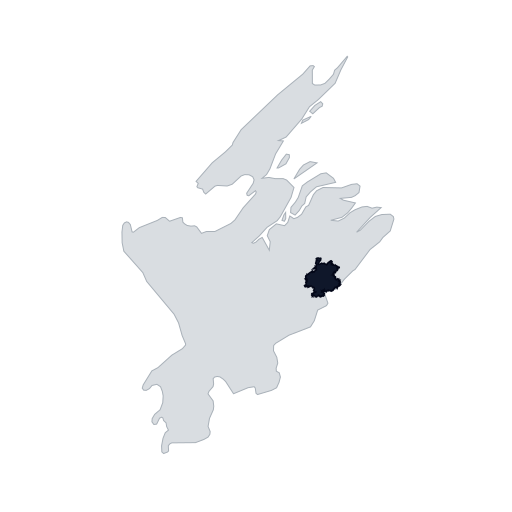 location of Jessore, Khulna, Bangladesh, rotated 232°
{"feature_id": "16705992B28022870637862", "entity_name": "Jessore", "entity_type": "district", "adm_level": 2, "iso_a3": "BGD", "parent_name": "Bangladesh", "parent_adm1": "Khulna", "projection": "equal_earth", "projection_center": [89.196, 23.085], "detail": "fine", "context": "in_parent", "style": "filled", "palette": "ink", "viewbox_px": 512, "rotation_deg": 232, "n_neighbors": 0, "source": "geoboundaries", "source_scale": "gbopen_adm2", "svg_char_len": 9433}
<svg xmlns="http://www.w3.org/2000/svg" viewBox="0 0 512 512"><g transform="rotate(232 256 256)"><path d="M191.0,362.2L190.9,349.9L184.4,325.7L184.7,323.1L183.3,311.4L181.7,305.0L180.9,298.1L184.8,288.2L183.2,286.6L174.5,283.6L173.5,281.0L175.4,271.3L169.1,262.1L166.6,255.3L173.3,233.2L175.1,217.8L174.6,214.8L170.5,211.4L163.3,210.0L158.2,207.2L155.2,202.8L152.7,201.1L149.6,202.4L145.6,200.7L142.3,196.4L139.5,191.1L140.6,185.4L145.9,171.9L147.8,171.5L152.4,174.1L154.1,174.1L157.1,168.7L161.3,153.5L175.8,154.8L179.3,154.3L183.0,153.1L185.0,151.2L186.1,148.8L185.7,146.7L181.2,143.8L179.5,141.7L178.3,135.6L176.9,133.3L168.2,133.0L163.6,130.2L161.1,127.7L156.7,119.4L151.2,113.3L145.9,111.8L143.9,109.9L142.8,106.7L143.5,102.2L146.2,93.4L160.6,74.6L161.0,72.5L160.5,70.1L156.2,67.1L156.0,65.6L157.2,61.6L159.6,61.2L164.5,64.7L169.6,70.5L172.6,75.7L172.7,79.8L176.6,80.6L179.9,82.4L183.3,81.9L185.6,82.9L187.0,82.5L187.6,80.2L184.7,74.2L186.1,71.8L189.4,71.9L191.8,74.1L193.6,78.7L193.9,85.8L197.8,92.2L202.9,96.7L206.9,98.8L211.8,100.3L215.9,98.9L218.0,94.4L217.1,90.4L217.7,86.8L219.4,84.9L221.9,85.0L223.9,87.8L229.6,103.2L228.4,110.0L229.7,128.6L228.3,141.0L229.2,145.7L230.2,146.5L238.7,148.8L251.0,153.8L260.5,155.6L303.2,154.2L312.6,156.6L341.1,154.8L348.9,158.7L357.4,165.1L362.2,169.9L363.1,172.6L362.6,175.0L361.0,176.2L358.1,176.3L351.3,173.2L350.2,174.1L350.2,181.5L344.8,200.1L344.1,205.9L342.2,208.2L336.6,209.3L332.9,220.2L331.4,221.5L327.7,219.2L325.4,219.5L322.5,220.5L319.6,223.1L317.6,226.2L315.4,227.2L307.4,227.0L305.8,232.1L300.6,238.7L297.1,256.2L297.4,261.6L301.9,275.6L305.1,293.8L306.3,295.6L307.8,295.8L307.9,287.4L309.3,286.4L311.2,287.3L315.0,298.5L317.2,301.4L320.5,302.2L324.3,300.5L327.1,297.2L328.2,293.6L327.2,281.4L328.9,276.4L335.4,269.0L336.3,266.7L335.8,254.5L338.3,254.1L341.6,255.1L345.7,252.1L347.0,252.1L348.8,255.2L351.7,254.7L356.4,278.9L356.9,296.1L358.0,305.6L359.6,307.8L364.7,322.1L369.7,372.6L370.5,404.8L372.5,415.7L370.9,418.2L369.3,418.6L367.8,414.8L357.2,406.6L354.6,407.5L351.0,412.2L349.6,416.6L350.3,422.8L351.5,428.9L354.0,432.4L354.2,436.2L357.2,450.8L356.4,450.8L350.5,437.6L343.4,424.7L340.9,401.4L340.7,390.0L335.8,376.5L331.2,353.0L333.1,344.8L329.8,348.4L324.4,334.3L316.1,320.6L313.7,314.5L313.5,308.6L310.0,314.5L305.2,318.7L300.3,325.0L297.0,326.9L286.6,328.1L280.6,319.7L271.9,299.1L270.8,294.4L271.8,282.4L269.8,270.9L269.1,260.9L267.6,261.8L267.0,264.5L267.4,268.8L266.8,272.3L252.3,270.0L258.5,276.0L265.1,277.4L268.6,282.8L268.8,291.8L262.3,297.2L262.9,301.7L266.7,307.3L262.1,308.8L260.9,312.4L260.8,317.6L264.0,325.5L263.5,328.6L269.0,339.0L270.1,344.0L268.7,351.0L257.0,365.3L253.6,375.4L250.7,380.1L247.0,381.0L242.6,376.2L242.5,371.3L243.4,367.4L249.5,357.9L246.2,359.2L236.6,367.0L234.8,360.7L233.6,354.8L233.6,347.6L238.1,336.9L232.9,342.3L231.5,349.0L232.2,356.8L231.5,362.4L229.4,369.7L226.7,374.1L222.2,376.9L220.2,381.2L217.1,384.4L216.1,369.7L212.8,349.9L212.1,354.1L213.8,366.4L213.7,374.4L211.2,380.7L206.3,387.5L202.5,388.5L200.2,387.4L193.1,377.2L192.5,367.5L191.0,362.2ZM278.3,362.5L269.5,364.9L265.0,364.1L273.3,346.3L273.0,338.4L271.7,331.9L267.4,326.7L267.2,323.0L265.2,317.9L264.2,312.0L268.9,310.0L272.8,313.5L274.2,320.2L276.1,325.3L282.8,335.7L282.7,342.1L280.9,357.7L278.3,362.5ZM297.1,356.7L291.8,361.4L293.4,333.3L297.5,343.8L298.5,349.4L297.1,356.7ZM317.6,342.6L315.3,344.6L313.0,342.9L310.2,336.3L311.5,328.0L312.4,326.8L315.8,335.3L317.6,342.6ZM337.8,402.0L334.8,402.3L333.3,400.3L333.9,397.5L333.1,388.3L337.0,387.4L338.4,395.1L337.8,402.0ZM334.3,376.5L332.1,385.5L331.1,381.5L332.6,373.5L334.3,376.5ZM271.2,303.3L272.1,306.2L267.2,302.5L265.9,299.8L268.1,298.4L271.2,303.3Z" fill="#d9dde1" stroke="#a8b0b8" stroke-width="1"/><path d="M201.4,275.8L201.2,276.1L201.2,276.3L201.0,276.5L201.2,277.3L201.1,277.5L200.7,277.7L200.3,277.6L200.4,277.9L200.6,277.9L200.7,278.2L200.6,278.6L200.0,278.9L199.8,278.8L199.6,278.9L199.5,279.2L199.2,279.3L199.0,278.8L198.7,279.9L198.8,280.0L198.8,280.4L198.5,281.1L197.8,281.3L197.0,281.2L196.9,281.6L196.5,281.7L195.8,281.4L195.7,282.2L195.1,282.1L195.0,282.3L194.3,282.0L193.8,281.5L193.8,280.9L193.7,280.7L193.6,280.9L193.0,280.3L192.3,279.9L191.3,280.3L190.8,281.0L190.6,280.7L191.1,280.1L191.7,279.7L191.5,278.7L191.1,278.4L191.1,278.1L191.2,277.7L191.4,277.7L191.5,277.5L191.8,277.5L192.0,277.0L191.9,276.8L191.7,276.8L191.8,276.5L191.7,276.4L191.4,276.6L191.2,276.5L190.4,276.5L190.5,275.7L190.1,275.7L189.6,275.6L189.6,275.8L189.5,275.7L189.5,275.9L189.0,276.0L189.3,276.3L189.6,276.4L189.7,276.8L190.1,276.9L190.1,277.1L189.4,277.4L188.9,277.8L188.7,277.7L187.6,277.7L187.4,277.6L186.7,278.5L186.4,278.6L186.8,279.8L186.4,280.3L186.6,280.4L186.6,280.5L186.8,281.0L186.6,281.3L186.0,281.6L185.9,281.4L185.7,281.5L185.7,281.4L185.6,281.5L185.0,281.4L185.0,281.8L184.4,282.1L184.1,281.9L183.4,282.0L183.5,282.0L183.8,282.2L183.8,282.3L183.9,282.1L184.2,282.7L184.1,283.1L183.8,283.3L183.7,283.2L183.6,283.6L183.8,283.7L184.0,283.9L183.7,284.2L183.2,284.1L182.9,284.3L182.9,285.2L183.3,285.1L183.6,284.9L183.6,285.0L183.7,284.9L184.0,285.0L184.2,285.8L184.1,286.4L184.2,286.5L184.4,286.2L184.2,286.0L184.5,286.1L184.9,286.2L184.8,286.5L185.5,286.9L186.0,286.5L186.6,286.3L186.9,285.8L187.0,285.8L187.3,286.3L187.3,286.2L187.1,285.8L187.2,285.6L187.4,285.8L187.4,286.2L187.5,285.8L187.8,286.2L188.2,286.3L187.9,286.5L187.6,286.2L187.4,286.4L187.4,286.6L187.7,286.8L187.8,287.1L187.7,287.1L187.4,287.7L187.5,287.8L187.3,288.1L187.4,288.5L187.3,288.4L187.2,288.5L187.2,287.8L186.5,287.8L186.3,288.0L186.2,288.5L185.7,288.6L185.6,288.9L185.3,288.9L185.0,289.4L185.1,289.9L184.8,289.8L184.9,290.0L185.0,290.3L184.9,291.1L184.5,291.0L184.4,291.1L184.3,292.1L183.9,292.0L183.3,293.2L183.0,293.5L182.5,293.3L182.4,293.4L182.5,293.7L181.8,294.0L182.0,294.4L182.1,294.7L181.9,294.8L181.9,295.0L181.6,295.0L181.5,295.4L181.6,295.6L181.4,295.5L181.7,295.9L181.7,296.0L181.8,296.2L182.0,296.3L182.1,297.8L182.5,298.1L182.6,298.3L182.4,298.3L182.3,298.7L182.4,299.1L182.2,299.2L181.9,299.6L182.1,300.1L182.3,300.2L182.3,300.4L182.2,300.6L180.6,300.1L180.9,300.7L181.4,300.6L181.6,300.8L181.6,301.7L181.9,302.3L181.3,302.7L181.1,303.1L181.1,303.7L181.3,304.7L181.8,304.1L182.1,304.3L182.3,303.9L183.0,304.0L183.0,305.0L182.7,305.3L182.8,305.7L183.6,306.1L183.8,306.3L184.3,305.9L184.1,306.5L184.3,306.7L184.6,306.6L184.8,306.2L184.9,306.4L184.8,306.5L185.1,306.6L185.2,306.8L185.3,306.6L185.5,306.7L185.6,306.4L185.6,306.2L185.8,306.1L186.2,306.4L186.1,306.7L186.4,306.5L186.5,306.3L186.9,306.1L187.1,306.5L187.2,306.1L187.5,306.1L188.0,306.5L187.8,306.2L188.0,306.1L187.8,305.7L187.9,305.3L187.6,304.8L187.9,304.5L189.1,304.4L189.5,305.0L190.2,305.5L190.5,304.7L190.7,304.8L190.7,305.3L190.9,305.5L191.0,305.3L191.3,305.2L192.0,305.4L192.4,305.0L192.6,305.5L193.4,306.0L193.7,305.9L193.8,305.6L193.8,305.4L193.5,305.0L194.0,304.6L193.9,305.1L194.2,305.5L194.7,305.7L195.5,307.7L195.5,308.2L195.3,308.2L194.3,307.3L194.0,308.0L194.0,308.4L194.7,309.2L194.9,309.6L194.6,310.7L194.7,311.5L195.3,312.5L195.7,312.5L195.7,312.0L195.8,311.9L196.2,312.2L196.4,312.6L196.3,313.6L195.7,313.9L195.5,314.1L195.6,314.5L195.9,314.7L196.6,314.2L196.9,313.2L197.1,313.0L197.5,313.5L197.6,313.3L197.8,313.3L198.3,313.6L198.5,313.5L198.8,313.1L199.0,313.2L199.2,312.9L199.7,312.9L199.9,312.6L200.1,312.7L200.1,312.3L200.4,312.0L200.8,311.9L201.1,311.2L201.3,311.1L201.4,311.4L201.8,311.6L201.9,311.3L201.9,310.9L202.2,310.9L202.3,310.7L202.8,311.0L202.9,310.1L203.1,310.2L203.4,310.7L204.0,310.8L203.7,311.1L203.3,311.2L203.3,311.5L205.0,311.8L205.0,312.2L204.6,312.3L204.7,312.5L206.0,312.3L206.2,311.9L206.1,311.5L206.2,311.0L206.1,310.7L206.4,310.5L206.4,310.3L206.3,310.0L205.8,309.7L205.9,309.3L206.2,309.4L206.4,308.9L206.3,308.6L206.1,308.3L206.2,307.9L205.9,307.1L205.5,306.9L205.6,306.2L206.7,306.0L206.9,305.4L207.2,305.2L207.8,305.4L208.3,305.3L208.2,304.9L208.3,304.7L208.6,304.6L208.9,303.7L209.9,303.4L210.1,302.4L210.1,301.2L210.4,300.7L210.5,300.3L211.2,300.1L211.6,300.3L211.8,301.2L212.5,302.3L212.7,303.0L212.7,304.0L213.2,304.7L214.2,305.7L214.6,305.5L214.8,304.7L215.9,304.1L216.8,302.8L216.7,301.9L216.1,302.4L215.5,301.9L215.4,301.1L215.3,300.9L215.1,301.1L215.2,300.7L215.1,300.4L214.7,300.3L214.7,300.0L214.1,299.7L213.9,299.0L213.7,298.6L213.1,298.3L212.0,298.6L211.7,298.5L211.5,298.1L211.3,297.2L211.0,297.4L210.8,297.1L210.8,296.3L211.2,296.2L210.6,295.8L210.8,294.7L210.7,293.1L210.4,293.6L210.1,293.8L210.0,294.3L209.5,294.8L209.4,295.2L208.5,295.1L208.4,295.2L208.6,295.6L207.8,295.1L208.0,293.6L207.7,292.1L207.5,291.7L208.1,291.2L208.2,291.3L208.2,291.0L208.5,291.2L208.5,291.3L209.0,291.2L209.5,291.3L209.6,290.9L209.0,290.4L209.0,290.1L209.3,290.1L209.3,289.7L209.2,289.8L209.2,289.5L209.5,289.5L209.4,289.1L209.5,288.9L209.7,288.4L209.6,287.9L209.7,286.8L209.5,286.0L209.6,285.6L209.4,285.7L209.5,285.3L210.2,285.0L209.9,284.7L209.8,284.4L209.7,283.8L209.8,283.3L209.5,282.7L209.0,282.6L209.0,282.4L208.5,282.2L208.2,281.7L207.8,281.6L207.6,281.3L207.4,281.4L207.5,281.2L207.2,281.3L207.2,280.6L207.0,280.4L206.9,280.4L206.7,280.8L206.4,281.1L205.9,281.6L205.7,281.6L205.6,281.0L205.4,280.3L204.8,280.7L204.6,280.6L204.8,279.9L204.5,278.9L204.2,278.9L204.1,279.3L203.9,279.3L203.5,278.5L203.3,278.5L202.6,277.8L202.7,277.2L202.6,277.3L202.1,276.8L202.2,276.4L202.4,276.2L202.3,275.9L201.9,275.9L201.7,275.7L201.4,275.8Z" fill="#0f172a" stroke="#020617" stroke-width="1.5"/></g></svg>